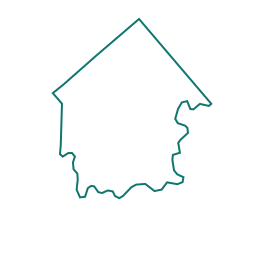 Saline, Missouri, United States of America, rotated 137°
{"feature_id": "52423323B60442880847167", "entity_name": "Saline", "entity_type": "district", "adm_level": 2, "iso_a3": "USA", "parent_name": "United States of America", "parent_adm1": "Missouri", "projection": "natural_earth1", "projection_center": [-93.121, 39.17], "detail": "fine", "context": "isolated", "style": "outline", "palette": "teal", "viewbox_px": 256, "rotation_deg": 137, "n_neighbors": 0, "source": "geoboundaries", "source_scale": "gbopen_adm2", "svg_char_len": 816}
<svg xmlns="http://www.w3.org/2000/svg" viewBox="0 0 256 256"><g transform="rotate(137 128 128)"><path d="M159.2,204.8L159.7,190.8L188.7,161.5L195.6,155.2L195.2,151.6L188.8,150.4L186.0,147.9L186.3,143.3L191.7,140.4L195.9,135.0L196.2,129.1L199.9,124.6L207.6,118.0L210.4,110.0L206.3,107.0L198.4,111.4L194.5,110.8L192.5,108.3L193.5,101.4L191.4,98.2L185.4,96.1L182.4,92.0L183.9,87.1L182.2,82.6L177.9,81.7L166.0,82.4L160.6,81.0L153.5,75.3L151.6,63.8L145.4,60.0L136.5,61.6L130.2,53.2L125.0,51.2L121.0,54.2L123.6,60.6L123.2,65.7L117.2,74.5L113.5,77.7L106.9,74.5L101.4,82.9L97.6,83.6L87.5,83.5L84.5,87.5L84.6,90.7L88.3,97.6L87.2,102.5L78.4,107.8L71.2,110.0L66.4,107.3L69.5,99.3L67.4,97.0L59.0,96.6L53.8,89.0L50.6,88.9L45.6,200.2L102.3,202.6L145.2,203.8L159.2,204.8Z" fill="none" stroke="#0f766e" stroke-width="2"/></g></svg>